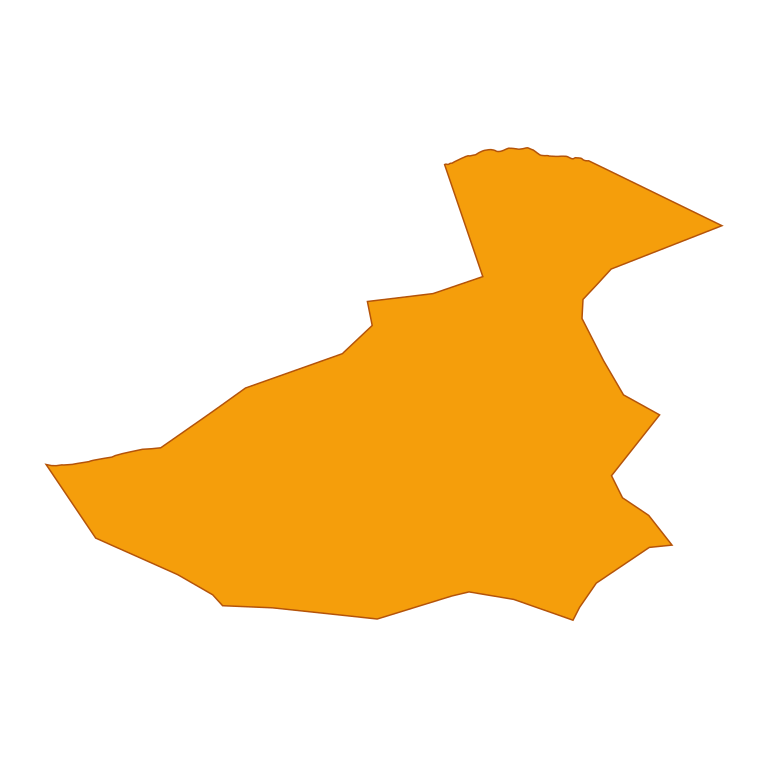 Bayan-Uul, Govi-Altay, Mongolia
{"feature_id": "93677404B20408254425737", "entity_name": "Bayan-Uul", "entity_type": "district", "adm_level": 2, "iso_a3": "MNG", "parent_name": "Mongolia", "parent_adm1": "Govi-Altay", "projection": "natural_earth1", "projection_center": [95.187, 47.144], "detail": "fine", "context": "isolated", "style": "filled", "palette": "amber", "viewbox_px": 768, "rotation_deg": 0, "n_neighbors": 0, "source": "geoboundaries", "source_scale": "gbopen_adm2", "svg_char_len": 3432}
<svg xmlns="http://www.w3.org/2000/svg" viewBox="0 0 768 768"><path d="M588.7,160.8L588.0,160.8L587.2,160.8L585.6,160.7L585.3,160.6L584.5,160.4L584.3,160.3L583.7,160.1L583.0,159.7L582.9,159.6L582.6,159.3L581.7,158.6L581.1,158.3L580.2,158.1L579.1,158.0L578.2,157.9L577.0,157.9L576.7,157.8L576.3,157.8L575.6,157.7L575.1,157.8L574.5,158.1L573.8,158.5L573.1,158.8L572.7,158.8L572.2,158.7L571.7,158.6L571.3,158.5L570.6,158.2L569.8,157.8L569.5,157.7L568.4,157.1L567.3,156.6L566.8,156.5L566.6,156.4L565.8,156.3L564.9,156.3L564.6,156.3L564.0,156.2L563.2,156.2L562.0,156.2L561.7,156.2L561.4,156.2L561.2,156.2L560.9,156.2L560.3,156.3L560.1,156.3L559.6,156.3L558.5,156.4L558.0,156.4L557.3,156.4L556.5,156.4L555.3,156.4L554.1,156.3L551.5,156.2L550.3,156.1L549.7,156.1L549.2,156.1L548.8,155.9L548.6,155.8L548.0,155.7L547.4,155.6L546.7,155.6L546.0,155.6L545.2,155.7L544.7,155.7L544.2,155.6L543.7,155.6L542.6,155.5L541.7,155.4L541.0,155.3L540.4,155.1L539.8,154.8L539.5,154.6L538.9,154.2L538.0,153.5L537.6,153.3L536.1,152.1L534.6,151.0L533.6,150.3L533.0,149.9L532.9,149.9L532.4,149.7L531.7,149.5L531.0,149.2L530.9,149.1L530.0,148.8L529.9,148.7L529.0,148.3L528.0,147.9L527.5,147.8L527.4,147.8L527.2,147.8L526.5,147.9L525.9,148.0L525.3,148.1L524.7,148.3L524.1,148.4L523.4,148.6L522.3,148.8L520.7,149.0L519.9,149.1L519.4,149.2L518.6,149.2L517.8,149.1L517.3,149.0L517.2,149.0L516.2,148.8L515.0,148.7L513.9,148.5L512.6,148.4L511.5,148.3L511.1,148.3L510.8,148.3L510.7,148.3L510.2,148.3L509.7,148.2L509.1,148.2L508.8,148.2L508.7,148.2L508.3,148.3L508.0,148.4L507.5,148.6L507.1,148.8L506.9,148.8L506.0,149.2L504.5,149.9L503.4,150.4L502.6,150.7L502.4,150.7L501.7,151.0L500.6,151.3L499.9,151.4L499.7,151.4L498.8,151.5L497.8,151.5L497.0,151.4L496.6,151.3L496.0,151.0L495.7,150.9L495.5,150.7L495.0,150.5L493.8,150.1L492.9,149.9L491.8,149.8L491.7,149.7L490.9,149.6L490.2,149.6L489.3,149.7L488.8,149.7L488.2,149.8L487.9,149.8L487.6,149.9L486.2,150.1L485.6,150.2L484.9,150.3L484.4,150.4L483.7,150.6L482.9,150.9L482.2,151.1L481.5,151.5L480.5,151.9L479.1,152.6L478.2,153.1L477.5,153.6L476.9,153.9L476.5,154.3L476.0,154.5L475.8,154.6L475.3,154.8L474.9,154.9L474.5,155.0L474.0,155.0L473.4,155.2L472.7,155.3L471.8,155.5L470.1,155.9L469.9,155.9L469.7,155.9L469.4,155.9L469.0,155.9L468.6,155.8L468.3,155.8L467.9,155.8L467.5,156.0L467.1,156.1L466.6,156.3L466.4,156.3L465.7,156.5L465.4,156.7L464.8,156.9L464.3,157.2L463.8,157.4L461.9,158.2L461.7,158.3L460.2,159.0L459.0,159.6L457.3,160.4L455.2,161.4L453.7,162.2L453.0,162.6L452.6,162.9L452.2,163.1L451.9,163.2L451.6,163.2L451.0,163.2L450.7,163.3L450.2,163.4L449.8,163.6L449.7,163.6L449.3,163.9L449.0,164.1L448.2,164.4L447.8,164.4L447.7,164.4L447.2,164.4L446.6,164.2L446.1,164.2L445.5,164.2L445.1,164.3L444.6,164.6L482.8,276.6L433.0,293.6L367.4,301.5L372.2,325.5L342.3,353.7L245.5,388.0L217.9,407.8L204.6,417.2L160.7,447.8L151.9,448.7L142.4,449.3L130.6,451.8L122.5,453.6L115.2,455.6L113.5,456.4L111.9,457.1L103.8,458.4L94.4,460.1L92.5,460.5L90.2,461.1L89.1,461.6L77.1,463.5L72.3,464.4L63.8,465.0L61.8,464.9L56.2,465.7L51.5,465.6L46.1,464.5L95.7,538.1L177.6,574.6L212.7,594.8L222.6,605.7L272.3,607.8L377.2,619.0L451.8,596.0L469.0,591.9L513.7,599.4L573.0,620.2L579.6,607.3L596.3,583.1L649.3,547.4L672.0,545.1L648.7,515.4L622.5,497.8L611.5,475.7L659.6,414.9L623.5,394.9L603.5,360.6L582.0,318.5L583.0,299.4L597.0,284.5L611.2,269.0L721.9,225.7L598.8,165.7L588.7,160.8Z" fill="#f59e0b" stroke="#b45309" stroke-width="1.5"/></svg>